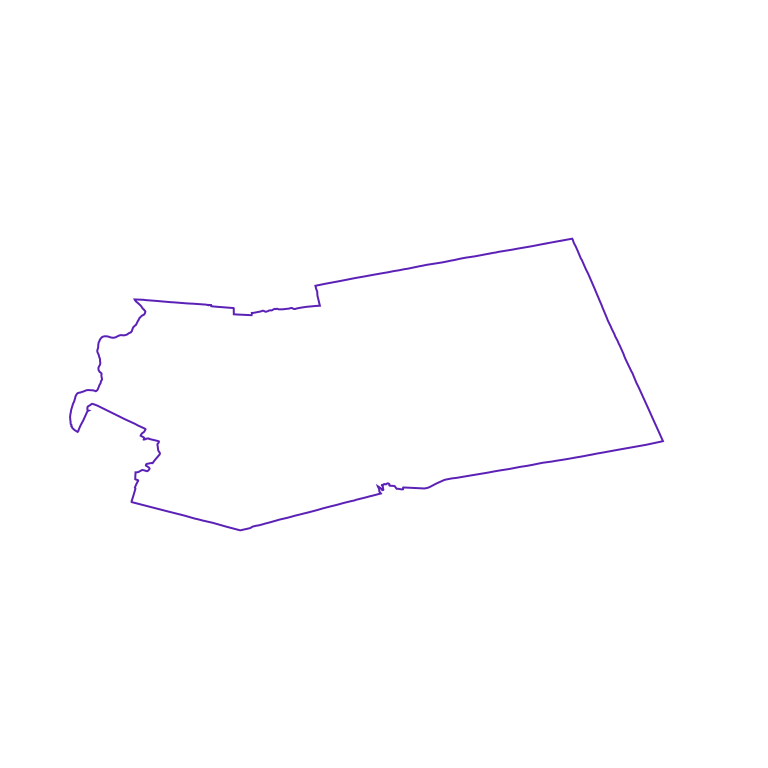 Crampoia, Olt, Romania (Robinson projection), rotated 203°
{"feature_id": "2599482B54660025381406", "entity_name": "Crampoia", "entity_type": "district", "adm_level": 2, "iso_a3": "ROU", "parent_name": "Romania", "parent_adm1": "Olt", "projection": "robinson", "projection_center": [24.737, 44.294], "detail": "fine", "context": "isolated", "style": "outline", "palette": "violet", "viewbox_px": 768, "rotation_deg": 203, "n_neighbors": 0, "source": "geoboundaries", "source_scale": "gbopen_adm2", "svg_char_len": 6154}
<svg xmlns="http://www.w3.org/2000/svg" viewBox="0 0 768 768"><g transform="rotate(203 384 384)"><path d="M267.5,591.3L287.8,578.0L302.5,568.1L313.6,561.0L318.7,557.6L331.0,549.9L332.3,548.8L334.7,547.4L350.4,536.9L351.6,536.2L354.5,534.4L357.4,532.7L362.7,529.2L367.8,525.5L370.8,523.6L373.3,521.8L377.7,518.8L391.7,510.1L394.4,508.2L397.3,506.3L399.0,505.1L407.5,499.2L410.2,497.6L414.5,494.6L419.5,491.5L423.8,488.5L427.3,486.3L436.9,480.1L443.5,475.7L451.9,470.3L463.8,462.2L477.4,453.2L485.5,447.6L483.5,444.9L481.5,442.9L481.2,442.2L480.9,441.5L479.7,439.2L473.6,431.0L476.5,429.6L485.6,424.7L490.8,421.5L494.2,419.2L494.6,418.7L495.5,418.1L496.8,417.8L498.4,418.0L498.7,417.9L499.3,417.6L501.5,415.9L503.5,414.9L505.8,413.5L508.4,412.3L510.1,411.6L511.7,411.5L512.3,411.2L512.7,410.7L513.9,410.5L514.3,410.1L514.7,409.7L516.1,407.9L516.7,407.6L517.2,407.5L518.3,406.9L518.6,406.6L519.4,405.6L521.1,404.3L521.4,404.2L521.8,404.2L522.6,404.3L524.0,404.2L524.6,403.8L525.7,402.7L532.2,398.3L533.4,397.8L533.0,397.1L532.8,395.6L546.0,390.7L549.5,389.5L551.9,395.0L552.2,395.1L568.6,389.6L573.4,388.1L574.0,389.1L576.5,388.2L576.5,387.9L578.6,387.6L579.5,387.3L590.9,383.4L596.0,381.5L609.8,376.9L611.6,376.2L624.9,371.9L636.5,368.0L638.1,367.6L646.6,364.4L646.2,364.0L644.1,362.9L642.5,362.5L638.9,361.2L637.5,360.5L636.9,360.0L636.1,359.5L634.4,358.7L634.0,358.7L633.5,358.3L632.8,358.0L632.4,357.8L631.9,357.3L631.7,355.4L631.8,354.9L632.2,353.9L632.2,353.7L633.0,353.0L633.5,352.3L634.0,351.3L634.9,349.0L634.9,347.3L635.2,345.6L635.4,341.5L635.9,340.8L636.0,340.4L636.5,339.4L636.9,338.4L637.0,338.1L637.0,337.2L636.8,334.0L637.1,333.4L637.1,332.9L637.2,332.6L638.6,331.2L639.2,330.3L639.8,329.2L640.0,329.0L641.7,327.6L642.8,327.0L645.0,326.3L645.4,326.1L646.0,325.8L647.6,324.2L649.2,322.2L650.7,321.1L651.4,320.7L653.6,320.1L656.6,319.9L658.8,319.2L659.9,318.7L660.9,318.0L661.7,317.2L662.0,316.7L662.5,315.3L662.9,313.6L662.7,312.5L662.9,310.8L662.8,310.4L662.5,309.3L662.4,308.6L661.5,306.2L661.3,305.3L661.1,303.3L660.9,302.5L660.6,301.9L660.3,301.5L659.3,300.5L658.2,299.6L656.8,297.7L655.7,296.6L655.1,295.8L654.1,293.7L653.3,292.5L653.0,291.0L653.0,290.3L653.2,288.4L653.2,287.3L652.5,285.8L652.2,285.4L651.8,285.0L650.4,284.0L648.6,283.6L648.1,283.2L647.8,282.6L647.6,281.6L646.6,279.9L645.8,278.9L645.3,277.8L645.6,276.0L645.5,275.3L645.2,274.3L645.5,271.8L645.4,268.7L645.4,267.0L645.6,266.3L646.2,265.0L646.5,264.7L647.8,264.7L648.9,264.6L653.8,262.9L654.8,262.4L655.5,261.9L656.2,261.3L656.9,260.5L658.1,259.3L659.3,258.5L659.9,257.7L660.3,257.4L661.2,256.9L662.3,256.0L662.6,255.5L662.8,254.9L663.1,253.0L663.1,251.7L663.1,251.4L662.8,250.7L662.7,249.1L662.6,248.6L662.4,246.7L662.5,245.1L662.5,244.0L661.8,237.6L661.2,235.5L660.9,233.7L660.1,231.0L658.6,228.1L657.9,227.2L657.5,226.0L657.0,225.3L656.8,224.8L656.2,224.3L655.7,224.2L655.2,222.8L654.6,222.7L653.6,221.7L650.9,220.7L647.3,220.2L647.0,221.0L647.1,221.8L647.2,224.2L647.1,227.8L646.6,233.0L646.4,241.8L646.3,243.0L646.1,243.4L645.5,244.1L646.6,243.9L647.3,245.1L647.8,246.5L647.9,247.0L647.8,247.4L647.7,247.8L647.4,248.2L646.3,249.6L645.4,251.2L645.1,251.6L644.6,251.8L642.6,252.0L639.3,252.1L608.2,250.3L600.4,250.1L597.3,250.0L594.9,249.7L587.3,249.5L586.0,249.3L585.8,249.1L585.8,248.6L586.1,246.4L586.3,245.9L586.6,245.3L587.1,244.7L587.4,244.2L587.7,243.1L587.8,242.6L587.8,241.3L584.5,241.0L583.6,240.7L583.5,239.0L583.3,239.0L581.6,240.3L580.9,241.2L579.3,241.9L579.0,241.7L577.9,241.8L572.8,242.7L569.5,243.2L568.8,243.2L568.6,242.7L568.6,242.3L568.6,241.6L569.0,240.4L569.0,240.1L568.8,239.5L567.6,237.6L566.6,235.8L565.9,234.8L565.5,234.3L564.3,233.6L563.3,232.8L563.0,232.0L563.0,231.5L565.3,224.1L566.1,220.7L566.4,220.5L567.0,220.5L568.3,219.7L570.5,218.2L571.2,217.7L571.4,217.4L571.5,216.9L571.5,216.4L571.4,216.0L571.0,215.8L568.2,215.4L567.3,215.0L566.8,214.6L566.7,214.3L566.7,213.8L567.0,212.8L567.5,211.7L568.1,211.1L571.1,210.8L573.0,210.4L575.7,207.0L576.9,206.2L578.2,205.6L576.4,200.7L576.0,199.7L575.7,199.1L575.2,199.1L573.3,199.3L572.9,199.3L572.6,199.1L572.5,198.4L572.7,197.4L572.9,193.8L572.8,191.9L572.9,191.4L571.9,190.5L571.0,182.8L570.5,177.3L570.1,176.7L532.8,182.3L516.2,184.9L505.5,186.2L501.7,186.9L497.4,187.5L490.3,188.8L487.5,189.3L473.0,191.1L460.6,192.9L459.8,193.0L458.7,193.4L457.5,194.3L451.1,198.9L450.4,199.6L450.1,200.2L449.3,201.3L447.6,202.6L446.4,203.5L444.9,204.4L443.7,205.2L440.5,207.7L439.1,208.9L434.9,212.1L427.0,218.5L420.5,223.2L414.2,228.2L401.7,237.6L395.8,242.2L391.7,245.6L386.1,249.9L382.2,252.8L378.8,255.4L374.7,258.7L368.0,263.7L365.9,265.1L364.3,266.6L356.3,272.6L353.3,275.0L351.1,276.6L344.1,282.0L344.9,282.5L346.2,283.1L347.6,285.6L348.2,286.1L349.1,286.8L349.7,287.4L348.3,287.2L346.5,286.8L346.3,286.6L345.5,286.5L344.1,285.6L343.5,286.0L343.3,286.2L343.3,286.5L343.9,287.2L345.0,289.1L345.4,289.4L346.0,289.7L346.4,289.9L346.4,290.3L346.2,290.5L345.2,290.8L345.0,291.1L345.0,291.6L344.8,291.9L344.2,292.2L343.1,292.3L342.9,292.5L342.1,293.8L341.5,294.1L340.7,294.1L340.1,294.0L339.8,293.7L339.6,292.9L339.4,292.7L338.9,292.7L338.4,292.8L337.1,293.3L335.2,294.0L334.5,294.1L333.9,294.0L332.2,292.9L331.5,292.5L329.9,293.1L326.5,293.9L325.4,294.5L325.5,295.2L325.9,295.7L325.8,296.3L322.6,297.5L306.3,303.5L305.2,304.1L303.1,305.6L301.6,307.1L296.7,313.1L293.5,316.5L291.2,319.0L290.5,319.6L289.7,320.2L286.6,322.3L284.5,323.7L280.6,325.9L267.0,334.6L253.6,343.1L248.1,346.8L243.9,349.5L235.5,354.7L226.3,360.9L220.1,364.7L214.1,368.7L212.6,369.8L207.0,373.6L199.2,378.2L195.5,380.6L188.1,385.2L171.3,396.1L160.3,403.5L155.0,406.9L144.4,413.9L118.9,430.5L106.5,439.2L104.9,440.4L112.1,447.1L123.4,457.5L129.3,463.0L147.8,480.0L152.1,483.7L157.3,488.8L158.9,490.4L159.6,491.1L161.1,492.2L171.0,500.9L174.0,503.8L175.3,505.3L181.8,511.3L183.6,512.8L186.3,515.4L189.7,518.1L191.5,520.0L196.0,523.8L197.7,525.5L202.8,529.9L204.7,531.9L213.1,540.1L214.4,541.5L218.6,545.5L220.2,547.1L225.3,552.0L227.0,553.7L237.5,563.7L239.2,565.3L243.1,568.6L250.3,575.4L250.9,575.8L252.2,576.8L257.8,582.3L261.0,585.3L264.2,587.9L266.6,590.5L267.5,591.3Z" fill="none" stroke="#5b21b6" stroke-width="2"/></g></svg>